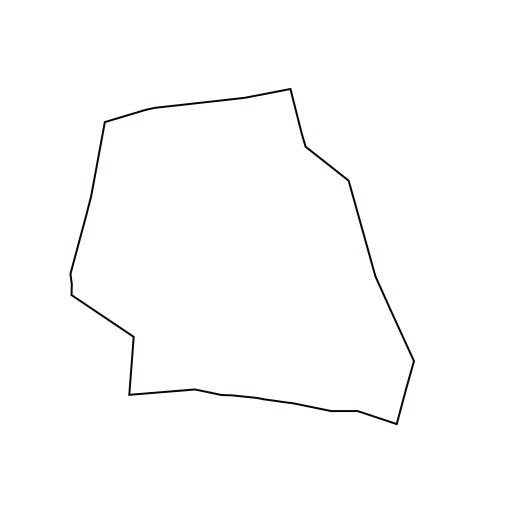 outline of O'ndorshil, Dundgovi, Mongolia, rotated 107°
{"feature_id": "93677404B66675280526983", "entity_name": "O'ndorshil", "entity_type": "district", "adm_level": 2, "iso_a3": "MNG", "parent_name": "Mongolia", "parent_adm1": "Dundgovi", "projection": "mercator", "projection_center": [108.243, 45.268], "detail": "fine", "context": "isolated", "style": "outline", "palette": "ink", "viewbox_px": 512, "rotation_deg": 107, "n_neighbors": 0, "source": "geoboundaries", "source_scale": "gbopen_adm2", "svg_char_len": 570}
<svg xmlns="http://www.w3.org/2000/svg" viewBox="0 0 512 512"><g transform="rotate(107 256 256)"><path d="M374.6,113.6L375.6,72.3L338.4,73.6L310.3,74.2L267.4,112.3L240.6,135.8L156.9,189.4L137.0,240.5L125.5,248.1L86.2,271.9L108.0,313.0L129.2,362.0L131.6,367.5L143.8,395.9L148.6,404.4L172.1,439.7L247.0,431.1L267.4,430.2L327.4,428.2L337.1,423.8L347.3,421.0L369.1,349.3L425.8,336.6L401.5,275.4L399.0,248.3L396.3,238.2L391.4,213.4L390.8,206.9L389.4,198.3L388.7,193.9L387.6,186.7L386.0,177.4L382.3,138.6L374.6,113.6Z" fill="none" stroke="#020617" stroke-width="2"/></g></svg>